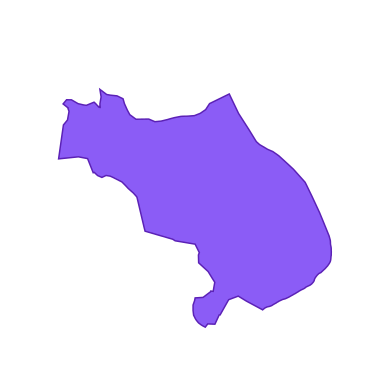 the district of Kharif, Amran, Yemen, rotated 335°
{"feature_id": "15242507B34039766657612", "entity_name": "Kharif", "entity_type": "district", "adm_level": 2, "iso_a3": "YEM", "parent_name": "Yemen", "parent_adm1": "Amran", "projection": "natural_earth1", "projection_center": [44.1, 15.855], "detail": "fine", "context": "isolated", "style": "filled", "palette": "violet", "viewbox_px": 384, "rotation_deg": 335, "n_neighbors": 0, "source": "geoboundaries", "source_scale": "gbopen_adm2", "svg_char_len": 2871}
<svg xmlns="http://www.w3.org/2000/svg" viewBox="0 0 384 384"><g transform="rotate(335 192 192)"><path d="M267.1,118.9L245.3,119.3L239.2,123.1L232.7,124.2L226.4,123.8L219.8,121.3L216.9,120.0L214.0,118.8L207.6,117.2L203.2,116.4L200.5,116.0L194.0,114.7L188.1,112.6L183.6,107.6L178.0,105.1L172.0,102.4L168.4,95.8L168.3,95.5L168.0,90.4L168.1,83.4L168.9,78.4L164.7,73.2L158.9,69.7L155.9,67.6L151.9,60.1L149.8,67.4L145.8,73.2L145.2,74.8L145.0,75.1L144.7,76.4L144.4,76.6L144.1,76.3L143.9,76.1L143.7,75.9L144.2,75.7L144.1,75.2L143.3,75.2L142.8,73.7L142.0,71.1L141.2,69.2L132.9,68.8L130.7,67.4L126.1,63.8L121.7,57.5L117.3,55.4L112.4,57.7L115.3,63.6L114.9,63.9L114.6,67.0L109.6,74.1L103.8,76.9L85.1,105.6L103.9,112.1L111.5,117.6L110.6,132.8L111.7,132.9L113.4,137.2L116.5,140.7L121.1,140.7L124.6,143.1L127.0,145.9L127.8,147.0L132.7,153.2L134.3,157.6L134.9,159.4L135.7,161.9L138.4,168.1L139.8,172.7L139.9,173.6L133.6,204.0L132.9,207.7L154.6,226.7L156.1,229.1L172.8,240.6L173.0,250.1L172.8,250.2L171.2,251.8L168.1,259.0L173.0,270.9L173.9,278.8L174.5,283.4L169.2,291.0L167.2,289.7L166.8,290.2L157.5,292.2L152.9,290.4L150.1,289.3L148.4,291.6L145.2,294.9L142.9,299.8L141.4,304.3L141.5,308.3L141.8,310.4L142.6,313.4L144.1,316.2L145.2,317.9L146.9,320.1L150.5,318.2L156.9,321.5L164.7,314.9L165.5,315.3L179.7,305.1L189.9,305.9L195.2,313.9L206.2,328.6L206.3,328.5L207.2,328.4L208.3,328.1L209.4,327.9L210.5,327.9L211.5,327.9L212.5,328.1L213.6,328.4L214.5,328.5L215.5,328.6L216.5,328.6L217.7,328.4L218.8,328.3L220.0,328.2L221.0,328.2L222.4,327.9L223.5,327.9L224.6,327.7L225.7,327.7L226.7,327.7L227.8,327.7L228.7,327.7L229.9,327.9L230.4,328.0L230.8,328.1L231.8,328.2L232.9,328.2L234.2,328.2L235.4,328.2L236.4,328.1L237.6,328.0L238.8,327.9L239.8,327.9L240.8,327.7L242.0,327.7L243.2,327.6L244.5,327.4L246.0,327.3L247.0,327.1L248.2,327.0L249.3,326.9L250.3,326.9L251.3,326.9L252.3,326.9L253.2,326.8L254.3,326.6L255.3,326.3L256.3,326.3L257.3,326.3L258.4,326.3L259.7,326.3L260.6,326.1L261.6,325.9L262.5,325.5L263.5,325.1L264.4,324.6L265.2,324.0L266.0,323.0L266.9,322.2L267.7,321.7L268.7,321.1L269.7,320.6L270.5,320.2L271.7,319.8L272.6,319.5L273.6,319.5L274.7,319.5L275.9,319.1L276.9,318.8L278.0,318.4L279.0,318.1L280.0,317.8L281.0,317.4L282.1,316.9L283.1,316.5L284.0,316.1L284.9,315.5L285.9,315.0L286.9,314.3L287.9,313.5L288.6,312.7L289.3,311.7L290.0,310.5L290.6,309.4L291.5,308.1L292.0,307.0L292.5,306.0L293.0,305.0L293.5,303.7L294.0,302.7L294.4,301.7L294.8,300.5L295.1,299.2L295.4,298.1L295.8,297.0L296.3,295.9L296.8,294.6L297.0,293.7L297.7,289.7L298.5,273.5L298.8,266.8L298.9,264.5L298.9,261.3L298.9,249.5L298.9,246.5L298.8,241.0L298.7,233.6L298.6,230.9L293.5,214.1L289.4,204.1L289.2,203.6L286.0,195.9L282.4,189.6L278.5,185.2L277.5,183.7L273.3,177.6L271.6,173.6L271.3,171.2L270.0,159.8L267.4,140.5L267.2,121.0L267.2,118.9L267.1,118.9Z" fill="#8b5cf6" stroke="#5b21b6" stroke-width="1.5"/></g></svg>